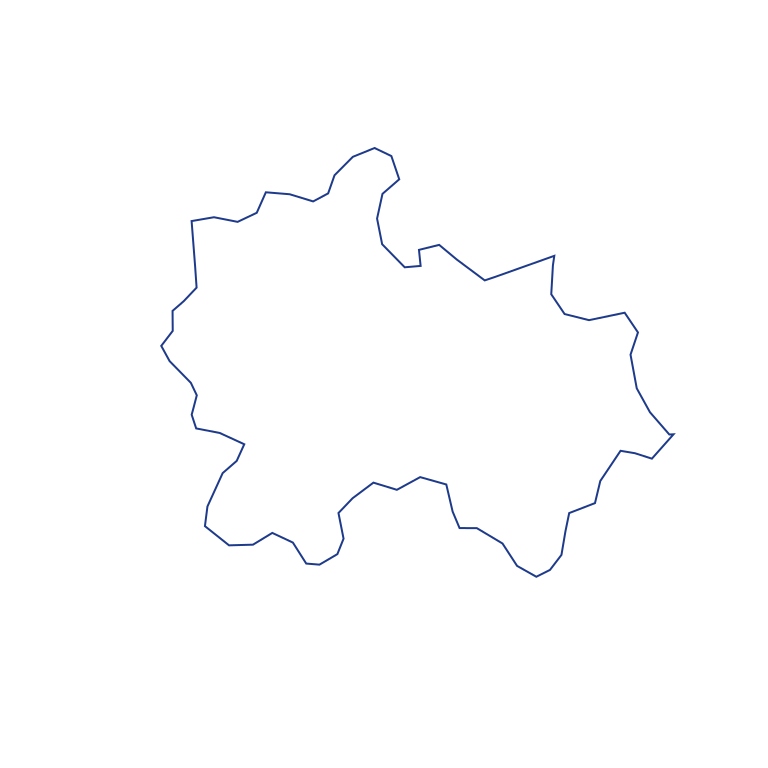 outline of Haman-gun, South Gyeongsang, South Korea, rotated 49°
{"feature_id": "91817680B30389585516178", "entity_name": "Haman-gun", "entity_type": "district", "adm_level": 2, "iso_a3": "KOR", "parent_name": "South Korea", "parent_adm1": "South Gyeongsang", "projection": "robinson", "projection_center": [128.43, 35.28], "detail": "fine", "context": "isolated", "style": "outline", "palette": "blue", "viewbox_px": 768, "rotation_deg": 49, "n_neighbors": 0, "source": "geoboundaries", "source_scale": "gbopen_adm2", "svg_char_len": 1173}
<svg xmlns="http://www.w3.org/2000/svg" viewBox="0 0 768 768"><g transform="rotate(49 384 384)"><path d="M399.0,171.4L375.7,230.8L371.9,240.0L337.9,247.4L315.2,251.1L305.7,269.6L318.9,278.9L309.5,291.8L277.3,293.7L254.6,280.7L239.5,260.4L239.5,238.2L216.8,228.9L199.7,236.3L192.1,258.5L194.0,284.4L203.5,301.1L199.7,317.7L178.9,330.7L161.8,347.4L171.3,367.7L165.6,388.1L146.6,402.9L135.3,421.5L134.8,422.3L171.2,449.3L188.3,462.2L190.1,480.8L190.1,495.6L205.3,508.6L209.1,527.1L226.1,530.8L256.4,529.0L269.7,532.7L276.7,542.9L281.0,549.3L294.3,554.9L313.2,540.1L337.8,529.0L345.4,545.6L345.4,564.2L360.6,597.6L373.8,612.4L404.1,606.8L419.3,588.3L423.1,566.0L443.9,556.8L468.5,560.5L478.0,551.2L481.8,530.8L474.2,516.0L451.5,503.0L449.6,482.6L451.5,456.7L472.3,443.7L478.0,417.8L500.7,402.9L525.3,415.9L542.3,421.5L553.7,408.5L582.1,399.2L608.6,402.9L629.4,395.5L633.2,380.7L629.4,362.2L614.2,343.7L602.9,328.9L612.3,302.9L599.1,284.4L589.6,249.3L600.9,240.0L616.1,230.8L611.9,198.5L609.3,201.8L579.8,201.8L553.1,196.1L523.6,178.7L511.7,158.5L488.1,155.6L470.3,187.4L449.7,201.8L426.0,198.9L405.3,178.7L399.0,171.4Z" fill="none" stroke="#1e3a8a" stroke-width="2"/></g></svg>